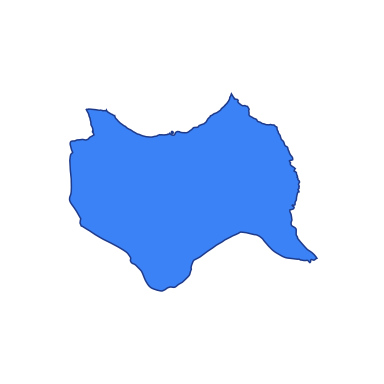 the district of Aceh Barat Daya, Aceh, Indonesia, rotated 140°
{"feature_id": "22746128B227561513795", "entity_name": "Aceh Barat Daya", "entity_type": "district", "adm_level": 2, "iso_a3": "IDN", "parent_name": "Indonesia", "parent_adm1": "Aceh", "projection": "equal_earth", "projection_center": [96.802, 3.836], "detail": "fine", "context": "isolated", "style": "filled", "palette": "blue", "viewbox_px": 384, "rotation_deg": 140, "n_neighbors": 0, "source": "geoboundaries", "source_scale": "gbopen_adm2", "svg_char_len": 6008}
<svg xmlns="http://www.w3.org/2000/svg" viewBox="0 0 384 384"><g transform="rotate(140 192 192)"><path d="M298.7,237.2L298.0,236.0L296.2,230.4L295.5,228.5L293.5,221.6L292.0,217.3L290.3,212.7L287.0,205.2L283.9,197.5L282.0,192.0L281.2,189.3L280.8,187.5L280.7,186.3L280.9,183.3L281.2,181.3L281.6,180.5L282.9,179.5L283.4,178.8L283.7,177.7L283.8,176.8L283.5,175.5L282.6,173.9L282.1,172.2L281.6,165.7L281.6,163.7L282.4,160.8L284.0,156.0L284.6,153.9L285.2,150.2L285.3,148.7L285.3,147.1L285.0,145.4L284.6,144.2L283.9,142.7L281.7,139.1L279.6,136.4L278.8,135.6L278.1,135.2L275.4,134.5L272.4,134.3L271.3,133.9L270.1,133.4L269.2,132.8L267.7,131.1L267.0,130.5L266.3,130.1L265.1,129.9L261.9,129.9L257.4,129.1L254.9,129.2L249.7,129.6L247.9,129.9L246.8,130.3L243.9,132.3L242.1,133.3L241.4,134.6L240.7,135.2L239.2,136.3L235.9,138.1L235.0,138.4L234.1,138.5L229.6,137.5L227.5,137.1L218.5,136.6L212.2,135.9L207.5,135.6L200.7,134.4L197.7,134.2L191.2,132.7L189.1,132.3L185.9,131.3L182.9,130.5L181.2,130.3L180.3,129.9L176.6,126.0L172.7,120.7L171.4,119.0L170.3,118.0L169.5,116.4L168.7,114.5L168.3,112.5L168.0,110.8L168.2,108.2L168.1,101.3L167.7,96.1L167.2,93.5L166.5,91.2L164.6,85.9L163.8,83.9L162.7,81.9L161.6,80.4L154.6,72.9L153.1,71.7L152.6,70.2L151.7,69.3L150.5,67.8L149.2,66.6L147.9,65.8L147.5,65.4L147.3,65.1L147.2,64.4L147.2,62.3L146.9,62.1L146.1,62.3L144.7,63.6L144.3,63.6L143.9,63.5L143.6,63.2L142.9,62.0L142.4,61.4L141.6,61.2L139.7,61.2L138.9,60.9L138.7,62.9L138.7,65.6L139.1,68.6L139.7,70.8L140.6,73.7L140.8,76.9L141.0,84.2L140.9,88.8L140.4,89.2L140.1,90.0L139.9,91.8L139.3,92.8L136.6,95.9L136.1,96.7L136.0,97.4L136.1,98.7L136.9,100.8L137.2,101.9L137.2,102.5L136.9,103.3L136.4,104.1L135.7,104.9L134.8,105.6L134.1,105.8L133.4,106.4L131.4,109.6L130.5,111.2L129.6,114.2L128.6,115.3L128.3,115.4L127.3,114.7L125.8,114.1L125.1,113.9L124.4,114.1L123.8,114.4L123.6,114.8L123.5,115.3L124.0,116.9L123.9,117.2L123.8,117.4L123.4,117.4L121.9,116.1L121.4,116.0L121.0,116.3L119.6,117.9L119.1,118.2L117.7,118.6L117.0,119.0L115.6,120.5L113.4,122.3L111.5,123.6L110.8,123.8L110.0,123.3L109.6,123.8L109.4,125.5L109.1,125.9L107.8,125.9L107.3,126.7L106.6,127.0L106.5,127.6L106.1,127.7L105.7,128.8L105.7,129.1L105.5,129.5L104.3,130.1L103.3,130.4L102.8,131.3L102.8,131.8L102.9,133.2L102.8,133.6L102.2,134.2L102.0,134.7L102.0,135.7L102.0,135.8L101.3,136.0L101.1,136.3L100.7,137.8L100.5,138.2L100.2,138.9L99.5,139.9L99.7,140.4L99.7,141.0L100.4,142.1L100.1,142.6L99.7,142.6L99.0,143.4L97.9,143.5L98.1,145.1L99.0,148.3L99.1,149.2L98.8,150.2L98.5,150.6L97.8,150.9L97.7,151.1L97.7,152.6L97.3,153.3L96.1,152.9L94.9,152.2L94.1,152.0L93.3,153.0L92.9,153.8L92.7,155.3L92.8,156.5L92.5,158.4L92.2,159.4L91.6,160.9L91.2,162.6L90.4,164.0L90.1,164.8L90.2,165.8L90.8,167.0L90.9,167.7L90.8,168.4L89.7,171.0L89.5,171.9L89.5,172.7L89.7,174.4L89.7,175.1L89.6,175.5L88.1,178.9L87.9,181.5L87.2,182.9L86.7,185.0L86.4,185.5L85.5,186.7L85.3,187.1L85.5,187.7L86.0,188.8L85.9,190.0L86.1,190.6L87.5,191.9L88.5,193.3L89.9,194.0L92.0,196.0L92.9,197.7L94.2,199.4L94.4,199.7L94.6,200.8L94.9,201.6L96.2,203.6L96.3,204.4L96.0,205.7L96.0,206.4L96.5,207.4L97.4,208.9L97.7,210.1L98.7,212.5L98.9,213.5L98.8,214.4L98.4,214.9L97.5,215.8L96.3,217.9L95.3,218.4L95.0,218.9L94.9,219.2L94.7,220.7L94.5,221.5L94.6,222.2L95.4,222.9L95.9,224.2L97.5,225.3L97.7,225.5L98.3,226.7L98.6,228.1L99.0,229.9L99.0,231.5L98.7,231.9L98.0,232.2L97.9,232.4L97.7,233.2L97.9,233.9L99.0,235.1L99.3,235.7L99.3,236.6L99.5,236.5L98.7,241.9L100.9,240.6L101.4,240.5L102.2,240.2L103.7,238.9L105.0,238.5L105.9,238.0L106.5,238.0L107.7,237.5L108.3,237.6L108.9,237.3L109.4,237.4L110.6,237.3L111.0,237.0L111.4,237.2L112.5,236.9L113.4,237.0L113.7,236.9L114.2,237.0L114.6,236.8L115.0,237.0L115.9,236.9L116.5,236.8L117.0,236.5L118.1,236.4L122.0,236.8L123.3,237.2L124.7,237.8L127.4,238.0L128.9,238.5L129.4,238.1L132.8,237.8L136.4,236.5L137.5,236.6L138.8,236.5L141.9,237.7L142.5,237.8L143.7,238.3L145.8,237.9L146.1,238.0L149.0,240.1L149.4,240.2L149.9,240.3L152.2,240.0L153.4,240.2L156.1,240.3L157.6,240.7L158.7,241.3L159.0,241.7L159.4,241.9L159.7,242.4L160.8,243.2L162.5,245.1L162.8,246.1L163.2,246.4L163.2,246.7L164.5,247.8L164.8,247.8L165.1,248.0L166.1,248.1L166.8,248.0L167.2,247.5L167.8,247.5L168.3,247.2L168.8,247.1L169.9,247.5L171.0,249.1L171.1,249.4L171.1,249.7L171.3,249.9L171.3,250.3L171.3,250.8L171.2,251.2L171.4,251.5L172.2,251.2L173.3,251.5L173.5,251.6L173.7,252.0L174.1,251.9L176.8,253.7L178.8,255.6L179.4,256.0L179.8,256.6L181.7,257.3L183.3,257.6L185.0,258.7L186.9,259.6L188.0,260.3L191.4,263.6L193.9,267.0L194.1,267.6L194.4,267.9L195.3,269.8L195.8,270.6L196.5,271.4L197.9,275.3L198.1,275.5L198.8,278.2L199.4,279.8L199.8,280.4L200.6,282.7L200.9,285.1L201.5,286.3L202.0,288.3L202.7,291.1L203.0,294.3L202.9,294.7L203.1,297.3L203.0,298.3L202.2,300.1L202.4,300.1L202.7,300.7L203.2,302.6L203.7,303.4L205.1,307.3L205.0,307.8L205.3,308.7L205.0,309.3L204.9,309.8L205.4,309.5L206.0,309.8L207.0,310.8L208.1,311.5L208.3,312.1L209.5,313.6L210.4,314.1L210.8,314.5L211.7,315.6L213.1,317.2L213.3,317.5L213.8,317.9L217.0,321.2L217.4,321.4L217.8,321.9L218.0,321.8L218.8,322.4L219.3,323.0L220.0,323.1L220.6,320.4L220.8,318.8L221.1,318.4L221.3,317.6L222.0,316.4L222.8,313.9L223.5,312.8L224.6,310.5L226.2,308.4L226.8,305.6L227.6,303.8L228.8,302.1L228.8,302.7L229.6,302.1L229.8,300.2L230.4,298.8L232.2,299.0L235.2,299.6L237.2,299.3L237.9,299.3L239.3,299.8L240.3,300.4L241.7,302.3L242.4,302.9L244.5,304.2L246.5,305.7L247.2,306.0L249.0,306.5L251.1,308.1L252.2,308.5L252.8,308.4L253.6,308.0L254.3,307.3L254.8,306.6L256.9,302.3L257.4,300.9L257.9,299.1L258.2,298.9L259.9,298.9L261.2,298.4L262.6,297.3L264.5,295.5L265.3,294.7L271.4,286.6L276.0,279.8L281.4,273.1L284.2,270.0L286.1,268.3L289.3,266.4L290.7,264.9L291.2,264.0L291.8,262.1L292.1,259.8L292.4,255.5L292.9,251.2L294.4,243.0L295.7,242.1L297.7,240.2L298.7,237.2ZM169.0,251.3L169.4,251.0L169.6,250.6L169.6,250.1L169.5,249.6L168.9,249.2L168.3,249.4L168.2,249.7L168.0,250.0L168.0,250.6L168.2,251.1L168.6,251.4L169.0,251.3Z" fill="#3b82f6" stroke="#1e3a8a" stroke-width="1.5"/></g></svg>